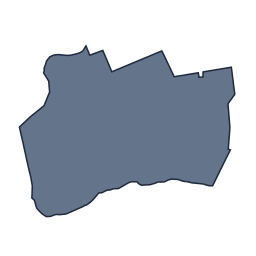 Jebel Awlia, Khartoum, Sudan, rotated 267°
{"feature_id": "16777658B74371618965754", "entity_name": "Jebel Awlia", "entity_type": "district", "adm_level": 2, "iso_a3": "SDN", "parent_name": "Sudan", "parent_adm1": "Khartoum", "projection": "orthographic", "projection_center": [32.571, 15.354], "detail": "fine", "context": "isolated", "style": "filled", "palette": "slate", "viewbox_px": 256, "rotation_deg": 267, "n_neighbors": 0, "source": "geoboundaries", "source_scale": "gbopen_adm2", "svg_char_len": 1329}
<svg xmlns="http://www.w3.org/2000/svg" viewBox="0 0 256 256"><g transform="rotate(267 128 128)"><path d="M100.8,229.1L101.5,227.0L119.1,229.3L123.6,229.8L147.0,229.1L156.0,236.4L183.3,234.4L180.1,205.9L175.0,205.5L175.0,201.6L179.5,201.1L176.8,176.8L199.3,167.5L203.2,165.8L185.0,114.8L206.8,106.9L202.7,93.6L212.2,90.3L212.1,90.2L211.7,89.9L211.2,89.6L207.7,87.3L206.1,85.0L205.4,82.7L204.8,80.7L204.3,77.8L203.8,75.2L203.6,72.8L203.8,70.1L204.1,68.0L204.6,65.0L205.0,61.7L204.7,57.7L203.2,53.7L200.8,51.5L199.0,50.1L197.2,49.5L194.9,48.6L192.0,47.3L189.5,47.4L187.5,46.6L178.9,51.3L173.4,51.4L168.0,51.6L154.7,45.3L144.2,30.9L134.6,19.6L117.3,22.6L100.2,25.4L89.9,27.2L84.1,28.3L75.5,29.4L68.0,28.8L63.1,28.3L60.9,30.6L58.5,31.3L54.4,32.1L52.5,32.8L50.2,34.6L46.7,37.8L43.8,41.7L43.8,46.1L45.1,50.0L45.4,52.1L45.0,55.5L45.4,61.7L52.2,79.7L52.8,80.2L53.2,82.4L56.0,86.8L59.2,90.3L63.4,94.2L64.7,95.5L64.7,98.6L66.4,102.3L67.1,104.6L67.0,106.7L68.1,110.3L68.0,115.2L70.8,120.8L73.4,125.9L74.1,128.5L73.8,134.2L72.1,135.4L70.2,138.2L70.2,146.8L71.3,151.8L72.5,155.2L72.3,158.1L72.3,161.7L73.9,165.3L74.7,168.6L74.1,174.5L73.2,177.2L72.0,179.9L71.1,185.1L69.9,188.8L68.1,200.5L67.0,202.9L66.0,206.6L65.9,209.4L65.9,209.5L81.7,218.3L82.2,218.6L96.8,226.8L100.8,229.1Z" fill="#64748b" stroke="#1e293b" stroke-width="1.5"/></g></svg>